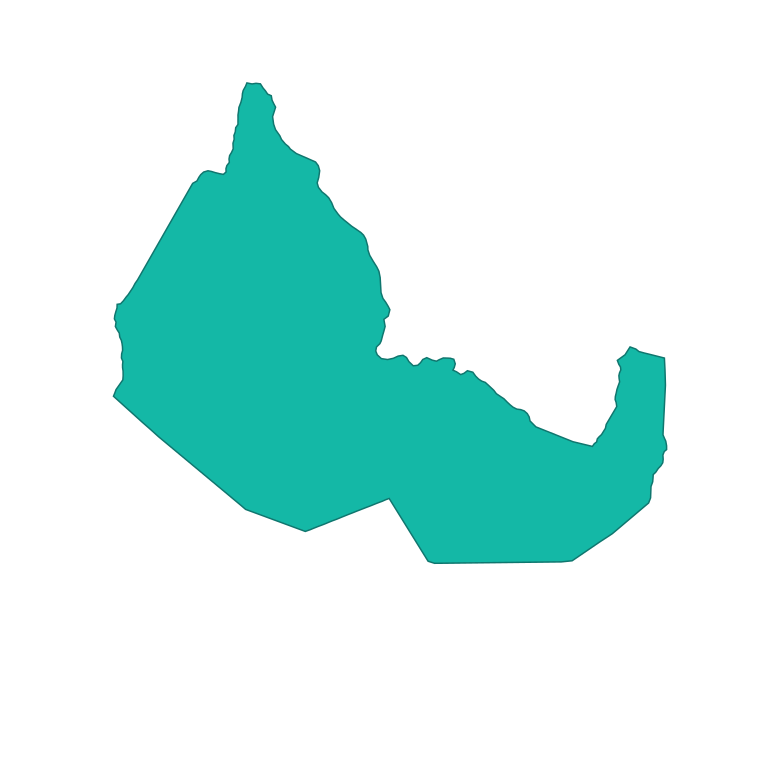 outline of Tabocas do Brejo Velho, Bahia, Brazil, rotated 305°
{"feature_id": "56859067B87855923049420", "entity_name": "Tabocas do Brejo Velho", "entity_type": "district", "adm_level": 2, "iso_a3": "BRA", "parent_name": "Brazil", "parent_adm1": "Bahia", "projection": "robinson", "projection_center": [-44.092, -12.505], "detail": "fine", "context": "isolated", "style": "filled", "palette": "teal", "viewbox_px": 768, "rotation_deg": 305, "n_neighbors": 0, "source": "geoboundaries", "source_scale": "gbopen_adm2", "svg_char_len": 3445}
<svg xmlns="http://www.w3.org/2000/svg" viewBox="0 0 768 768"><g transform="rotate(305 384 384)"><path d="M347.1,639.5L377.8,651.1L392.4,656.9L438.3,669.0L443.6,667.7L453.2,661.5L458.0,660.2L461.1,658.4L464.2,656.5L467.7,657.2L472.1,657.1L475.9,657.7L479.4,657.5L482.4,655.9L485.8,653.2L489.5,652.3L492.4,653.1L495.5,650.9L498.8,647.6L500.3,645.0L502.4,641.7L505.8,639.5L544.5,615.2L556.7,606.1L566.1,598.8L560.5,584.1L558.7,579.5L556.8,574.2L557.1,570.3L555.5,564.3L550.6,564.5L546.2,564.7L541.3,563.0L537.2,561.6L534.8,565.1L533.6,567.9L531.4,569.9L528.3,570.5L525.6,571.6L523.4,573.4L520.9,575.8L516.4,577.0L513.0,578.0L509.8,579.4L506.4,580.7L503.8,582.3L502.0,584.8L499.0,587.6L485.8,588.6L478.4,589.2L474.7,590.8L470.9,591.0L467.3,591.2L464.2,590.5L461.4,590.2L458.5,591.4L455.7,590.5L452.4,590.5L445.1,571.9L436.0,533.0L436.8,528.7L437.5,524.8L440.3,521.8L441.9,518.4L442.4,514.3L441.4,510.6L439.6,507.2L439.0,502.9L439.3,499.0L439.9,494.9L440.7,490.7L440.6,487.4L440.5,481.6L441.8,477.6L442.7,471.4L443.4,466.1L442.4,462.3L442.3,458.6L443.0,454.6L444.6,450.0L442.7,444.7L438.6,443.4L435.7,441.4L435.6,436.5L434.9,432.5L437.8,432.1L441.4,430.8L444.3,427.0L443.1,423.5L441.4,420.8L439.3,417.6L435.6,415.3L432.8,413.9L431.2,409.8L430.1,403.9L426.3,401.7L422.4,401.7L418.7,400.9L415.7,397.5L416.6,391.6L418.6,387.2L418.4,383.1L415.0,379.6L410.4,376.9L406.1,372.9L403.3,367.3L404.0,361.8L406.3,358.3L410.1,356.6L414.7,357.5L417.7,357.0L423.6,354.8L426.6,353.8L431.8,351.9L436.9,346.8L442.1,348.5L448.2,346.2L449.9,343.1L452.0,338.4L453.5,334.0L457.2,329.1L462.8,324.7L469.0,319.8L473.4,315.2L475.7,311.0L478.4,304.6L481.2,298.5L484.6,293.9L487.4,291.8L492.2,286.0L494.2,281.9L494.8,278.3L494.8,273.2L494.7,267.1L495.4,257.5L495.9,252.5L496.9,248.7L499.1,242.3L502.5,237.1L504.8,232.0L505.5,228.0L505.8,222.9L507.5,217.5L510.4,213.9L515.7,212.1L521.8,209.0L525.1,205.0L526.6,200.6L525.1,192.9L523.3,184.0L522.5,180.0L522.7,172.6L523.7,169.6L524.0,165.5L525.5,159.8L527.6,156.3L530.1,149.3L533.5,144.6L539.1,139.4L545.5,137.4L548.6,136.4L550.2,133.2L552.3,129.5L555.5,126.3L554.7,122.4L556.1,118.8L557.1,115.1L559.0,110.6L556.9,106.7L554.1,103.8L552.0,99.0L548.5,99.8L543.7,100.3L540.6,101.5L537.4,103.4L532.7,105.2L527.4,106.5L524.0,108.4L520.6,110.1L518.1,111.9L515.3,113.8L512.9,115.5L508.9,115.5L505.1,117.6L501.5,118.5L498.5,120.9L494.6,122.2L490.1,125.6L486.1,126.3L482.6,126.5L479.4,128.0L476.8,130.2L472.8,130.0L469.8,131.0L467.1,133.0L463.6,132.2L462.1,129.0L460.3,124.4L459.2,120.9L457.7,117.5L454.2,114.7L450.4,113.8L447.2,113.8L443.0,114.3L438.6,112.2L327.9,122.4L323.7,122.4L319.0,123.0L314.7,123.1L310.4,123.2L307.4,122.9L302.6,122.8L298.6,122.2L296.2,119.7L293.1,121.7L289.3,122.9L285.7,124.2L282.7,125.8L281.0,129.0L277.0,131.0L275.1,134.9L273.9,137.9L270.9,140.6L269.1,143.8L266.9,146.2L264.5,148.4L261.6,150.6L258.2,151.8L254.7,154.0L252.7,157.2L249.9,158.7L247.4,160.5L245.0,162.8L241.1,165.6L237.6,167.7L233.4,167.7L229.3,167.7L225.7,167.7L222.4,168.6L218.8,169.4L214.0,208.2L213.0,217.5L211.5,229.6L202.5,336.7L201.9,342.5L218.1,404.1L222.3,407.1L225.0,408.8L229.3,411.6L233.5,414.5L236.4,416.4L238.8,417.9L241.9,419.9L246.4,423.0L250.8,425.8L254.5,428.2L256.8,429.7L260.2,432.0L264.2,434.6L269.3,438.0L272.9,440.4L276.4,442.8L281.5,446.1L284.6,448.2L286.9,449.8L290.4,451.9L293.2,453.9L264.1,521.8L266.1,528.2L268.3,531.3L318.0,600.6L340.0,631.3L347.1,639.5Z" fill="#14b8a6" stroke="#0f766e" stroke-width="1.5"/></g></svg>